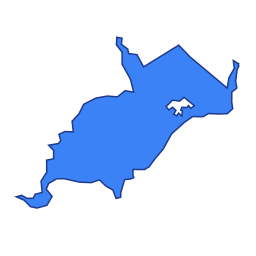 Nukus, Karakalpakstan, Uzbekistan (orthographic projection), rotated 276°
{"feature_id": "79887680B81962210104758", "entity_name": "Nukus", "entity_type": "district", "adm_level": 2, "iso_a3": "UZB", "parent_name": "Uzbekistan", "parent_adm1": "Karakalpakstan", "projection": "orthographic", "projection_center": [59.493, 42.543], "detail": "fine", "context": "isolated", "style": "filled", "palette": "blue", "viewbox_px": 256, "rotation_deg": 276, "n_neighbors": 0, "source": "geoboundaries", "source_scale": "gbopen_adm2", "svg_char_len": 1365}
<svg xmlns="http://www.w3.org/2000/svg" viewBox="0 0 256 256"><g transform="rotate(276 128 128)"><path d="M216.7,112.7L217.1,107.4L209.5,107.8L202.7,114.2L190.8,115.5L176.7,125.4L164.3,129.9L164.8,121.2L157.9,114.3L157.6,104.2L154.5,93.2L147.0,81.5L137.1,77.8L128.9,71.7L118.4,74.0L117.9,65.7L114.5,60.0L108.5,62.4L105.3,60.5L102.6,50.9L97.8,56.4L89.6,57.2L87.5,50.4L75.6,51.8L66.1,47.1L54.9,49.4L52.4,42.6L48.2,41.1L47.5,34.9L49.9,29.2L47.9,24.1L45.3,32.3L39.6,39.2L38.9,45.8L42.6,55.4L52.1,59.7L58.6,53.1L64.5,54.8L70.1,62.5L70.9,69.8L69.1,85.2L69.8,97.0L73.4,105.1L68.0,112.0L64.7,119.5L56.7,123.5L58.3,127.9L63.1,127.6L76.3,130.0L77.7,136.2L79.2,138.9L82.2,137.7L87.3,137.4L88.4,148.8L91.7,153.1L101.0,158.5L110.3,165.0L126.8,172.0L139.5,183.5L146.1,191.1L147.1,201.5L150.8,206.5L151.4,216.6L152.6,225.2L158.1,230.1L164.8,228.4L174.7,227.5L178.9,231.9L180.3,231.8L185.1,230.2L197.6,230.4L201.0,231.7L202.5,231.2L203.4,231.4L206.1,225.7L198.3,227.5L188.8,223.2L178.1,222.4L205.2,182.2L215.7,169.8L190.4,137.1L201.9,129.2L202.1,120.8L206.5,119.5L210.5,112.7L216.7,112.7ZM160.3,169.3L160.2,176.7L164.3,180.5L157.1,191.7L154.1,188.5L156.6,185.9L154.5,184.3L154.2,179.4L151.2,178.6L150.8,180.3L145.5,180.4L148.1,176.7L145.2,175.2L146.5,172.0L150.4,173.9L153.3,170.1L150.2,166.7L153.3,163.7L160.3,169.3Z" fill="#3b82f6" stroke="#1e3a8a" stroke-width="1.5"/></g></svg>